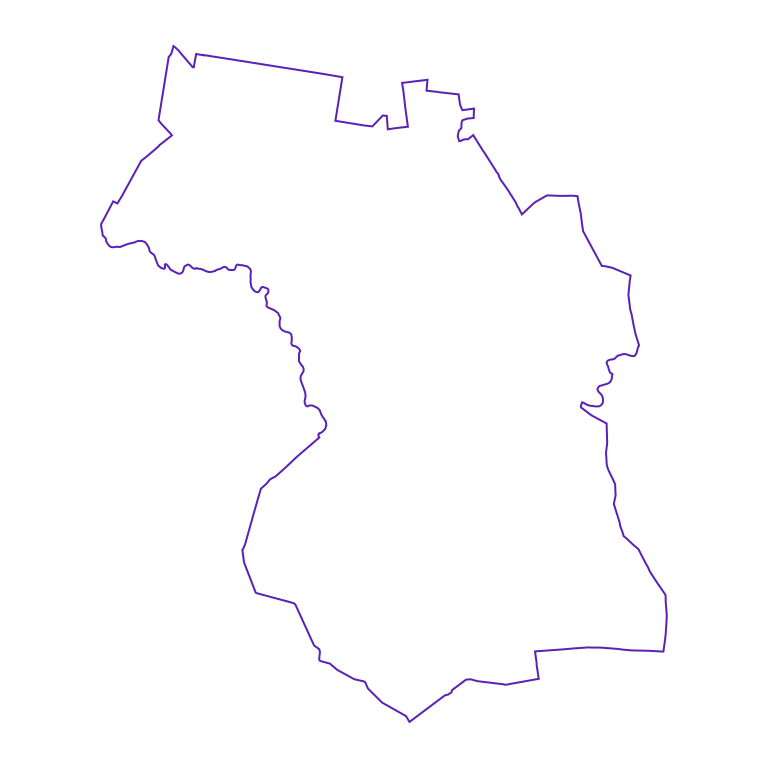 outline of Neretas pag., Neretas, Latvia
{"feature_id": "27541924B20446545182610", "entity_name": "Neretas pag.", "entity_type": "district", "adm_level": 2, "iso_a3": "LVA", "parent_name": "Latvia", "parent_adm1": "Neretas", "projection": "albers", "projection_center": [25.295, 56.219], "detail": "fine", "context": "isolated", "style": "outline", "palette": "violet", "viewbox_px": 768, "rotation_deg": 0, "n_neighbors": 0, "source": "geoboundaries", "source_scale": "gbopen_adm2", "svg_char_len": 6106}
<svg xmlns="http://www.w3.org/2000/svg" viewBox="0 0 768 768"><path d="M639.1,345.5L635.6,334.4L633.5,324.7L631.6,314.3L630.2,309.4L628.4,294.8L629.7,281.5L630.6,275.5L612.3,267.8L605.7,266.3L601.8,265.9L583.1,231.2L581.9,223.0L580.8,213.7L578.7,203.5L577.5,196.2L572.5,195.7L560.8,195.9L547.0,195.4L535.8,201.8L533.2,203.7L521.9,214.4L518.6,208.0L517.7,206.9L515.8,202.5L511.8,196.3L511.4,195.4L510.2,194.0L509.9,193.0L505.0,185.8L500.4,179.5L499.1,176.7L498.3,173.9L496.2,171.6L495.9,170.8L485.8,154.9L481.9,149.0L473.2,135.1L468.1,139.2L467.1,139.3L465.4,139.2L462.7,139.8L461.7,140.6L459.3,141.2L457.8,136.6L457.8,135.7L458.7,131.1L458.9,130.7L461.4,128.1L461.5,123.1L462.3,120.5L462.6,120.2L467.4,118.6L473.7,118.0L474.0,108.6L463.0,110.1L462.5,110.1L462.2,109.8L460.5,106.0L459.9,103.8L458.6,94.4L438.1,92.1L437.9,91.9L426.5,90.7L427.5,79.8L402.1,82.9L403.4,91.2L405.3,107.7L407.9,126.7L393.7,128.4L387.8,129.3L387.2,121.6L386.8,115.9L382.8,115.5L372.4,126.4L364.5,125.5L335.4,120.8L342.4,77.2L324.9,74.2L203.5,55.0L203.6,55.3L196.2,54.0L194.7,61.7L193.8,67.2L192.7,67.2L178.2,50.2L175.4,47.5L173.5,46.1L172.1,51.0L171.1,54.1L168.7,57.0L158.5,120.2L161.1,123.5L170.6,133.6L171.9,135.4L158.9,145.6L158.9,146.0L155.9,148.7L145.6,157.4L141.2,160.8L122.3,195.4L117.4,203.4L113.2,201.4L104.9,217.2L101.2,223.9L101.2,226.2L102.0,230.8L102.6,234.0L102.7,235.3L103.1,236.0L104.1,236.7L105.6,238.1L105.8,238.9L106.1,241.2L107.7,243.9L109.2,245.8L110.7,246.9L111.8,247.2L113.2,247.3L116.6,246.7L118.5,246.9L120.1,247.0L126.6,244.4L130.9,243.2L134.8,242.4L135.9,241.7L138.2,241.0L140.8,240.9L142.3,241.1L144.7,241.9L146.1,243.3L146.9,244.3L148.6,247.3L149.1,248.4L149.5,250.5L149.8,251.3L150.2,252.0L152.2,253.6L153.2,254.2L153.8,254.8L154.4,255.6L155.0,256.9L155.7,259.3L157.8,264.7L158.2,265.5L160.8,267.7L162.4,268.4L164.1,268.8L164.6,268.5L165.0,267.8L165.0,266.4L164.8,264.9L165.2,264.2L165.9,264.1L166.7,264.5L167.3,265.1L169.3,267.8L170.4,269.4L170.8,269.8L175.5,272.3L178.7,273.7L179.6,273.7L181.2,273.3L182.2,272.4L182.8,271.6L183.2,270.8L184.1,267.2L184.4,266.7L185.0,266.1L185.8,265.6L187.8,264.7L188.5,264.6L189.3,264.9L192.3,267.7L193.6,268.6L194.4,268.8L195.0,268.7L196.0,268.1L196.9,268.2L197.0,268.5L200.9,269.0L202.8,269.7L203.6,269.8L204.6,270.6L206.5,271.3L208.5,271.9L210.4,272.1L215.1,271.0L216.3,270.0L221.0,268.5L222.8,267.3L224.6,267.0L225.2,267.0L226.4,267.5L226.8,267.8L228.1,269.4L228.9,269.8L230.0,270.0L233.7,270.0L234.5,269.6L234.9,269.0L236.3,265.6L236.9,264.8L237.8,264.6L240.1,265.2L241.9,265.1L247.5,266.5L249.9,268.7L250.3,269.2L250.8,270.6L250.9,271.5L250.5,275.8L250.7,279.6L250.5,282.1L251.1,285.1L251.3,286.4L251.5,287.3L252.3,288.5L254.4,291.0L256.0,291.9L256.7,292.1L258.2,292.1L258.6,291.8L260.0,290.1L260.9,288.0L261.6,287.4L262.5,287.0L263.1,287.0L267.0,288.4L267.6,288.8L268.3,289.5L268.4,289.9L268.4,290.6L268.3,291.8L267.9,293.3L266.8,294.2L265.7,295.4L265.4,296.6L265.4,297.0L266.8,301.9L266.9,302.6L266.8,303.2L266.5,305.1L266.6,306.2L267.3,306.9L268.7,307.8L273.2,309.7L274.6,310.5L277.6,312.7L278.1,313.2L280.1,317.3L280.4,318.0L280.2,319.0L279.8,320.3L279.5,321.9L279.7,323.4L279.5,325.7L280.5,328.1L281.6,329.6L282.6,330.3L284.8,331.5L289.1,332.5L291.0,334.0L291.3,334.5L291.8,337.6L291.8,339.8L291.4,342.6L291.4,343.5L291.9,344.8L292.9,345.7L295.3,346.2L296.7,346.9L299.0,348.7L300.0,350.5L300.2,351.1L299.1,353.4L298.9,354.9L299.1,356.1L298.9,360.6L299.2,361.6L300.5,363.8L303.0,367.1L303.5,368.5L303.6,369.1L303.6,370.4L303.3,371.7L301.6,374.4L300.8,376.0L300.6,377.3L300.5,379.1L301.3,381.9L303.8,388.5L305.2,392.7L305.4,393.8L305.5,395.4L305.4,397.7L304.8,400.0L304.6,401.5L304.7,402.7L305.5,405.0L306.3,405.9L306.8,406.3L307.4,406.3L309.2,405.6L310.1,405.4L311.2,405.4L312.6,405.6L316.9,407.6L318.2,408.5L319.3,409.8L319.8,410.5L321.1,414.0L322.6,416.8L323.8,418.3L325.1,420.6L325.7,421.0L326.1,423.3L326.1,424.1L326.3,425.6L325.9,426.1L325.7,427.6L325.0,429.2L321.9,432.2L319.9,433.2L319.4,433.7L319.2,433.4L318.6,434.0L318.4,435.2L318.6,436.5L319.3,437.5L296.5,457.1L292.2,461.3L286.2,466.9L275.7,476.3L270.1,479.3L266.4,483.8L260.9,488.7L255.4,507.6L246.4,539.6L246.2,540.5L244.8,545.1L242.7,549.7L242.4,549.8L244.0,562.3L255.4,591.9L255.9,592.8L257.1,593.3L293.2,603.0L294.2,603.5L295.4,604.6L313.7,644.7L314.4,645.7L319.0,649.0L319.4,649.7L319.9,651.8L319.9,652.5L319.2,658.7L319.2,659.4L319.4,660.1L319.9,660.7L320.6,661.1L329.9,663.6L336.4,669.2L337.6,670.1L354.2,679.2L363.9,681.4L365.1,682.2L365.7,683.3L367.5,687.6L368.2,688.8L382.1,702.6L405.8,716.0L406.1,716.3L409.5,721.9L444.8,695.4L447.1,694.8L448.0,694.7L448.9,693.9L451.2,692.7L451.5,692.2L452.1,690.2L452.6,689.7L465.8,679.8L466.4,679.6L470.6,679.3L477.6,681.2L502.1,684.1L505.5,684.8L538.7,678.8L536.6,664.6L536.6,662.9L535.0,651.4L565.3,649.2L572.8,648.5L588.3,647.4L592.5,647.6L600.5,647.6L617.5,648.9L622.7,649.6L631.5,650.4L649.4,650.8L663.4,651.6L665.2,638.7L665.3,637.1L665.6,635.5L666.6,619.7L666.8,615.3L665.7,601.6L665.6,595.2L664.3,593.1L657.8,583.7L650.1,572.0L647.8,566.9L646.3,564.4L641.3,554.8L638.5,549.2L633.8,545.3L626.6,538.5L623.7,536.2L622.5,532.2L620.2,526.0L619.5,521.9L613.8,504.0L615.6,495.4L615.1,484.1L612.3,478.0L609.9,473.2L608.1,469.3L606.9,465.6L606.7,463.6L606.0,452.6L607.2,443.2L606.6,423.5L591.4,415.3L581.1,407.5L580.8,406.4L581.7,403.4L581.9,402.5L583.5,402.7L584.7,403.6L585.6,403.8L586.6,404.6L588.0,405.2L590.1,405.7L595.5,406.4L598.4,406.4L599.6,406.1L601.0,405.2L602.3,403.8L602.7,402.9L603.1,400.1L602.7,397.5L602.3,396.4L601.4,394.6L599.0,392.3L597.7,390.4L597.5,389.1L597.7,388.6L598.0,387.8L599.0,386.5L599.6,386.0L606.8,383.9L608.7,383.1L610.0,382.1L610.7,381.1L611.5,379.7L611.9,377.7L611.8,376.4L612.2,375.6L612.3,374.9L612.4,374.1L612.2,373.7L610.9,373.3L610.0,372.5L608.6,368.7L608.2,366.9L606.8,363.7L606.7,362.8L607.0,361.7L607.5,360.9L608.2,360.4L610.1,359.7L611.1,359.5L612.7,359.4L613.8,359.0L615.0,358.4L617.0,356.3L617.8,355.8L622.0,354.4L624.4,354.0L625.9,354.2L628.8,355.1L630.3,355.7L633.4,356.2L634.2,356.0L635.2,355.4L636.5,353.1L638.0,347.5L638.5,346.4L639.1,345.5Z" fill="none" stroke="#5b21b6" stroke-width="2"/></svg>